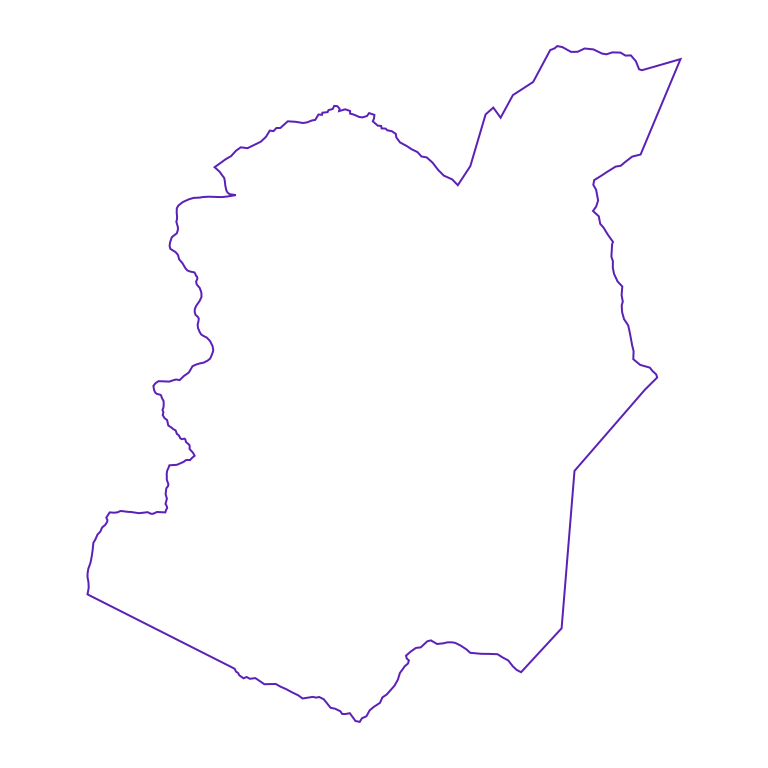 outline of Gumine District, Chimbu, Papua New Guinea
{"feature_id": "67681753B36578207739625", "entity_name": "Gumine District", "entity_type": "district", "adm_level": 2, "iso_a3": "PNG", "parent_name": "Papua New Guinea", "parent_adm1": "Chimbu", "projection": "orthographic", "projection_center": [144.798, -6.194], "detail": "fine", "context": "isolated", "style": "outline", "palette": "violet", "viewbox_px": 768, "rotation_deg": 0, "n_neighbors": 0, "source": "geoboundaries", "source_scale": "gbopen_adm2", "svg_char_len": 4402}
<svg xmlns="http://www.w3.org/2000/svg" viewBox="0 0 768 768"><path d="M87.5,594.4L234.6,668.7L236.0,671.6L238.1,673.0L239.3,675.3L243.5,678.3L246.6,677.0L249.9,678.8L255.3,678.1L257.6,679.6L264.3,684.2L275.8,684.0L280.4,686.6L286.3,689.2L292.2,692.4L298.4,695.4L302.5,698.5L312.7,696.9L316.3,697.6L319.2,697.0L323.8,699.3L330.6,707.8L335.1,708.7L340.4,711.3L342.1,713.9L345.0,714.1L349.8,713.2L355.5,721.0L359.7,721.9L362.0,718.2L366.4,716.3L369.7,710.3L373.9,706.8L380.0,702.8L382.4,697.4L386.7,694.5L394.5,685.7L397.9,679.6L399.9,673.0L403.2,668.5L404.7,666.3L408.0,663.5L408.9,660.4L406.8,658.6L406.0,655.7L410.9,651.4L416.0,647.9L420.7,647.4L423.2,645.1L427.3,641.3L430.9,640.4L437.1,644.0L443.4,643.3L447.6,642.3L451.7,642.3L455.3,642.9L460.7,645.6L466.6,649.5L470.2,652.8L481.0,653.8L489.1,653.9L497.5,654.2L502.9,657.6L508.2,660.4L513.0,666.5L516.8,670.0L521.1,672.2L561.6,628.3L574.5,470.9L644.9,389.7L657.2,377.5L656.2,374.4L652.4,370.9L649.8,367.6L640.2,364.9L633.3,359.2L633.6,351.1L632.2,345.6L629.9,333.1L628.2,325.4L624.0,319.1L622.1,312.1L621.7,305.3L622.8,301.7L621.6,295.1L622.3,286.5L617.6,281.5L614.0,273.8L612.8,267.6L612.9,261.1L611.4,256.7L612.1,244.3L613.0,241.9L607.6,234.3L603.6,227.7L600.2,223.8L598.8,216.3L593.0,211.0L596.2,206.5L598.1,200.5L596.1,189.7L593.3,184.8L594.2,180.1L601.5,175.6L606.6,172.2L615.6,166.6L620.6,165.8L625.7,161.6L632.2,156.6L640.6,154.5L680.5,59.1L642.0,70.2L639.1,69.3L635.9,61.3L630.9,55.4L625.5,55.6L620.5,52.6L612.2,52.4L606.6,54.3L602.1,53.6L593.4,49.4L584.6,48.5L577.6,51.8L571.0,51.9L562.4,47.1L557.2,46.1L554.7,48.3L550.2,50.1L533.2,81.9L512.9,95.1L500.6,117.7L493.3,107.6L485.6,114.4L470.3,166.2L457.8,185.2L452.2,179.4L443.8,175.6L438.1,169.9L432.6,162.7L426.7,157.4L421.5,156.5L417.5,152.1L411.5,149.2L407.2,146.3L400.0,142.4L396.3,137.4L395.8,133.9L391.8,131.2L387.3,130.3L385.6,128.6L381.6,128.4L381.2,126.0L377.7,125.6L372.8,121.3L374.0,118.6L374.4,114.9L369.1,113.1L367.0,116.0L362.5,117.4L359.3,117.0L353.6,114.5L350.1,113.6L350.1,111.0L345.2,109.3L339.1,111.1L339.6,108.8L337.4,106.2L334.2,105.9L332.7,109.0L328.5,110.1L327.6,112.1L322.4,112.7L322.0,114.8L318.5,114.5L315.2,119.9L311.8,120.5L307.0,122.4L302.9,123.0L295.6,121.8L287.8,121.3L280.3,128.0L276.4,128.0L273.5,131.1L269.8,130.6L266.0,136.8L260.8,141.7L247.5,148.2L240.8,147.3L235.9,150.8L231.2,156.0L225.4,159.4L220.2,163.2L214.6,167.2L219.6,171.7L222.0,175.1L224.2,177.9L224.9,181.6L225.3,185.6L226.4,190.5L227.7,192.7L229.7,194.2L235.9,195.1L227.3,196.5L221.9,197.1L217.3,197.0L209.2,196.7L203.3,197.0L199.5,197.6L193.6,197.9L188.9,199.3L182.9,202.0L178.5,205.4L176.8,208.2L176.7,212.9L177.1,216.6L176.8,220.3L176.3,221.6L177.9,227.2L177.9,229.9L176.8,233.3L171.8,237.2L170.0,242.7L169.6,246.2L170.4,248.9L175.7,252.2L178.0,255.0L179.2,259.4L182.4,263.1L185.4,268.2L187.3,270.4L190.0,271.5L194.4,272.4L195.4,273.9L195.8,275.5L197.0,276.6L197.4,278.6L196.1,281.7L196.7,284.4L199.8,288.1L201.4,292.8L201.5,296.9L199.7,300.8L196.1,306.0L194.8,309.1L194.7,312.1L195.6,315.0L197.7,316.7L198.8,318.6L198.3,322.0L197.6,324.9L198.1,328.3L199.9,332.4L201.1,334.4L203.4,335.9L206.8,337.6L210.1,341.1L212.6,346.2L213.3,350.3L212.2,353.9L210.2,358.5L207.8,360.5L203.8,362.6L199.5,363.5L196.3,364.5L192.5,366.2L189.0,372.3L186.1,374.5L184.2,375.7L179.6,380.1L176.0,379.5L172.8,380.4L169.3,381.6L162.6,381.3L158.5,381.2L155.5,383.2L153.4,385.9L154.1,390.0L155.2,392.5L156.8,393.9L159.8,394.6L161.1,395.4L161.8,397.7L163.6,401.1L163.7,404.8L163.4,407.7L162.5,409.8L163.4,412.3L162.7,415.1L164.6,418.2L167.1,420.1L168.3,425.5L171.8,427.8L173.3,429.2L175.6,430.4L176.9,433.9L178.9,435.4L180.3,438.3L181.8,439.2L184.4,438.6L185.3,439.4L186.0,442.0L189.4,445.0L189.7,446.7L189.6,449.0L193.2,453.0L194.6,455.8L192.0,457.9L190.0,460.1L187.4,459.9L185.6,460.3L183.6,461.9L176.9,464.8L169.4,465.3L168.8,467.1L167.2,470.6L166.7,473.6L166.8,476.6L166.8,479.8L167.9,482.8L168.4,484.4L168.0,486.2L166.3,488.3L165.6,494.1L166.9,498.7L165.5,503.9L166.5,505.6L167.2,507.8L165.9,510.5L165.3,512.4L156.9,512.0L153.3,513.7L151.0,513.8L147.7,512.2L139.0,513.2L131.2,512.0L127.3,511.8L123.0,511.2L120.5,511.0L117.2,512.4L114.1,512.7L109.7,512.4L106.3,517.6L107.4,520.1L107.2,521.8L105.3,524.8L102.1,527.5L100.4,531.5L97.6,534.4L95.2,539.8L93.4,542.7L92.6,550.4L91.7,556.5L90.5,562.7L88.3,568.8L87.6,573.2L87.5,576.9L88.5,582.4L88.7,587.9L87.5,594.4Z" fill="none" stroke="#5b21b6" stroke-width="2"/></svg>